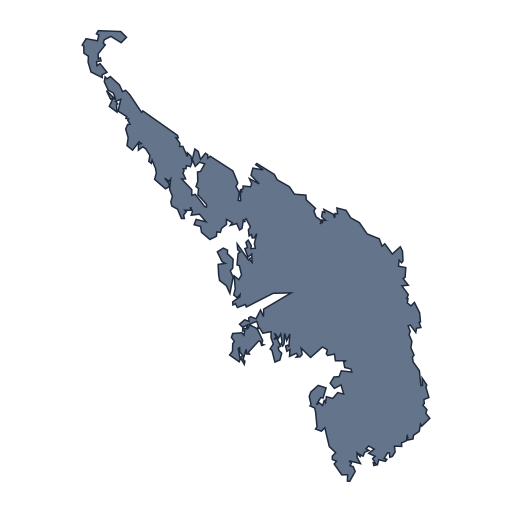 Askøy nor, Hordaland, Norway (Mercator projection)
{"feature_id": "86288312B29517582925264", "entity_name": "Askøy nor", "entity_type": "district", "adm_level": 2, "iso_a3": "NOR", "parent_name": "Norway", "parent_adm1": "Hordaland", "projection": "mercator", "projection_center": [5.11, 60.485], "detail": "fine", "context": "isolated", "style": "filled", "palette": "slate", "viewbox_px": 512, "rotation_deg": 0, "n_neighbors": 0, "source": "geoboundaries", "source_scale": "gbopen_adm2", "svg_char_len": 6062}
<svg xmlns="http://www.w3.org/2000/svg" viewBox="0 0 512 512"><path d="M110.3,76.5L107.0,78.8L105.1,76.9L104.3,81.8L108.2,90.1L113.5,93.2L115.7,99.8L106.5,90.6L110.6,99.2L113.0,98.3L109.3,106.4L117.0,112.1L116.5,104.8L117.8,103.9L115.5,101.5L120.8,99.3L118.1,111.1L126.7,116.6L125.9,118.4L128.5,118.9L127.8,120.3L130.0,124.3L127.6,124.5L125.7,129.1L128.2,137.8L127.0,145.6L132.6,150.2L139.0,141.8L141.3,143.6L138.5,144.2L138.4,150.2L142.7,146.8L145.7,148.8L149.9,155.4L148.8,161.4L151.3,163.4L152.1,160.1L155.5,168.4L156.3,173.1L154.6,179.4L165.5,188.8L169.1,186.8L169.1,183.7L164.7,178.2L169.0,181.3L170.7,179.0L169.6,189.2L172.4,196.4L170.8,201.9L171.8,206.0L177.6,209.2L181.4,218.5L184.4,218.5L183.6,215.1L186.3,211.7L184.8,210.3L190.5,210.3L190.6,207.0L192.4,211.5L191.2,215.2L199.5,214.2L206.0,221.8L196.1,219.4L194.1,224.7L200.5,226.4L201.6,232.4L209.9,239.5L216.4,236.3L216.9,231.9L220.4,232.4L221.5,228.4L226.5,224.4L226.5,219.4L232.3,222.8L230.3,225.4L236.8,223.6L239.6,230.0L242.0,228.4L243.4,220.1L245.4,222.2L244.3,220.8L246.1,218.7L250.4,226.9L248.4,230.0L249.1,236.0L251.5,234.5L252.2,238.0L254.4,237.7L256.7,233.6L254.4,243.6L255.4,248.3L250.8,248.6L251.3,245.7L248.2,240.1L245.9,242.4L247.5,247.6L244.8,248.6L248.0,257.1L251.7,254.0L252.1,262.4L249.7,259.6L250.7,257.6L248.5,260.0L237.2,243.9L237.7,249.8L240.2,252.0L238.1,253.5L237.0,264.9L239.4,265.7L241.5,275.0L238.8,279.6L234.2,275.9L235.2,289.0L233.7,295.0L237.3,297.8L240.1,294.5L239.9,296.8L232.7,301.9L232.9,305.0L235.6,303.8L237.4,307.5L245.4,304.5L246.3,307.0L273.1,293.3L291.1,292.9L263.6,309.2L263.5,316.8L260.5,310.0L256.0,318.8L250.7,316.7L248.7,317.9L249.1,321.4L244.7,319.8L239.5,324.2L242.6,327.1L256.7,321.3L258.4,325.9L257.5,328.9L259.6,327.9L262.9,333.2L271.1,331.7L271.0,337.6L273.3,344.0L270.1,349.0L271.9,350.3L274.9,362.1L279.9,360.0L281.7,353.2L279.1,350.7L278.1,347.4L280.6,346.4L277.1,338.5L273.9,339.3L276.2,337.2L274.5,333.2L278.5,338.2L280.7,334.1L282.1,342.0L281.1,343.7L282.6,346.0L284.1,343.8L284.6,333.4L286.6,340.7L289.8,334.0L288.9,346.3L287.6,345.2L285.5,346.0L286.9,351.3L290.0,349.6L289.5,356.4L296.3,353.3L297.9,355.4L296.2,357.2L300.1,356.8L302.1,354.5L301.2,348.2L310.6,357.5L322.4,347.0L327.4,349.8L326.3,353.7L327.6,355.5L334.5,354.1L335.4,360.8L346.3,360.7L343.7,361.9L344.7,367.5L350.9,369.0L351.8,372.1L341.3,370.8L339.1,376.6L333.9,377.0L330.2,383.2L334.4,388.4L341.0,384.9L343.7,394.1L337.7,392.6L332.8,398.4L326.4,396.7L325.5,402.6L324.2,400.6L322.6,405.5L319.2,402.7L316.3,404.8L320.7,397.6L323.1,398.0L326.1,387.9L318.2,385.4L310.8,392.0L309.2,396.6L311.0,404.1L310.0,405.9L314.6,407.9L315.6,412.0L317.0,426.9L315.5,429.0L321.4,431.2L324.8,427.7L329.3,446.6L335.7,452.7L332.3,456.1L332.3,459.5L336.5,461.2L334.2,464.0L341.8,474.9L347.6,474.7L347.4,481.1L349.7,481.3L355.2,471.5L353.2,466.6L350.0,465.6L351.5,463.0L349.0,460.8L360.5,463.6L357.1,457.4L357.1,452.9L360.6,457.3L359.3,454.2L363.0,456.2L364.9,452.0L369.0,450.5L366.0,448.8L368.7,446.0L374.2,449.1L368.7,453.3L375.1,456.3L372.6,458.7L375.5,463.5L373.3,462.8L373.8,465.5L377.5,464.7L378.7,459.7L385.4,461.4L386.9,459.3L384.2,458.5L387.4,453.0L389.3,452.8L389.8,457.3L392.4,456.4L395.1,452.0L394.5,446.1L401.7,446.4L401.5,442.9L406.5,440.7L407.3,434.8L408.0,440.0L413.0,439.0L413.5,435.3L419.2,431.4L420.5,424.1L421.7,426.2L429.8,418.3L425.8,413.4L426.9,409.7L422.9,405.2L424.3,403.5L423.9,399.5L428.9,397.5L425.9,387.2L426.8,385.0L422.1,378.0L422.5,385.3L420.9,385.6L419.4,370.8L413.2,362.0L412.4,357.2L414.1,355.1L410.9,348.0L411.9,341.3L409.1,334.8L410.2,331.2L408.1,325.9L410.3,325.1L415.8,332.5L416.5,328.2L420.9,327.5L419.1,322.4L420.5,321.9L419.6,312.7L414.4,302.4L411.0,305.9L407.3,303.0L408.0,298.6L406.7,298.5L408.3,294.6L401.9,285.8L408.3,285.2L403.1,278.6L405.1,277.3L405.8,267.6L398.5,266.2L399.1,260.2L401.5,262.8L403.0,260.9L402.5,251.3L400.3,246.8L392.3,254.0L384.8,243.8L382.0,246.2L379.3,238.8L367.1,233.9L359.4,222.6L350.7,217.8L346.0,210.3L336.9,208.0L337.6,213.8L335.0,213.5L334.7,217.9L333.4,214.3L323.9,209.4L324.7,212.5L322.5,211.8L321.6,216.7L325.5,220.3L322.4,220.1L322.6,223.2L321.6,220.9L321.3,222.6L320.1,224.0L321.1,222.3L320.0,219.6L316.2,217.0L313.8,211.0L315.5,208.4L306.2,199.7L305.9,195.1L294.4,194.2L289.4,186.7L277.2,179.8L274.3,174.4L256.8,163.5L255.7,164.7L263.2,169.9L252.9,168.1L251.0,175.2L259.2,183.9L249.4,178.6L251.7,183.7L250.6,186.8L243.1,186.0L243.0,188.8L240.6,189.8L242.3,192.3L240.3,191.2L240.6,200.8L238.2,200.4L239.3,192.5L236.0,186.7L237.8,182.9L232.9,170.9L210.2,156.2L207.8,158.2L207.7,154.8L205.4,153.2L200.5,159.4L198.2,151.4L194.9,149.0L192.3,159.4L195.2,166.4L199.5,162.2L204.7,163.9L200.6,171.4L197.5,172.0L197.8,181.3L196.0,186.6L198.5,188.5L197.9,194.8L206.5,204.4L206.5,207.0L204.7,206.6L195.2,194.3L191.8,195.3L191.8,189.7L181.7,179.0L185.6,178.9L182.9,172.8L184.1,171.0L183.3,168.7L186.0,168.8L186.4,165.6L190.4,166.7L192.1,162.0L190.9,156.1L187.4,152.8L187.3,156.6L182.8,146.3L179.6,146.5L179.9,143.3L176.0,137.7L178.2,137.8L177.5,135.4L142.8,110.9L141.6,112.4L129.7,94.6L125.6,90.3L122.6,91.7L119.4,84.9L110.3,76.5ZM98.3,30.7L96.4,33.8L98.8,35.1L97.5,40.8L86.1,38.7L82.2,45.1L83.8,46.2L83.9,53.2L88.4,56.2L88.1,62.1L91.0,72.0L102.2,77.6L102.2,74.7L107.0,72.3L100.0,63.6L96.9,65.7L96.6,61.6L101.1,60.9L100.3,57.9L98.4,58.8L98.1,53.9L105.3,44.8L103.3,43.2L104.2,39.8L110.9,36.4L121.2,42.7L126.5,37.3L120.7,31.5L98.3,30.7ZM257.2,328.7L249.9,324.9L247.9,328.3L247.2,325.8L246.2,328.8L242.8,328.1L242.6,331.0L244.7,330.4L243.9,335.2L241.9,332.8L232.7,333.5L231.4,337.4L234.4,341.5L232.7,343.6L232.5,351.2L229.6,355.0L239.2,361.8L240.1,359.3L238.2,348.5L239.6,347.6L239.8,351.8L242.8,355.9L240.3,357.5L244.3,364.4L244.9,361.1L243.1,359.4L246.2,349.2L246.5,354.0L249.4,354.1L248.3,352.3L258.5,341.2L260.3,341.1L261.6,345.5L263.8,344.8L261.7,344.1L262.7,340.5L257.2,328.7ZM223.3,248.1L217.3,251.8L222.0,261.6L225.2,263.4L218.1,264.4L218.7,275.3L219.6,280.5L226.4,285.7L229.9,293.5L233.1,277.2L230.3,270.7L232.7,268.2L233.1,259.2L227.4,253.6L227.5,250.1L223.3,248.1Z" fill="#64748b" stroke="#1e293b" stroke-width="1.5"/></svg>